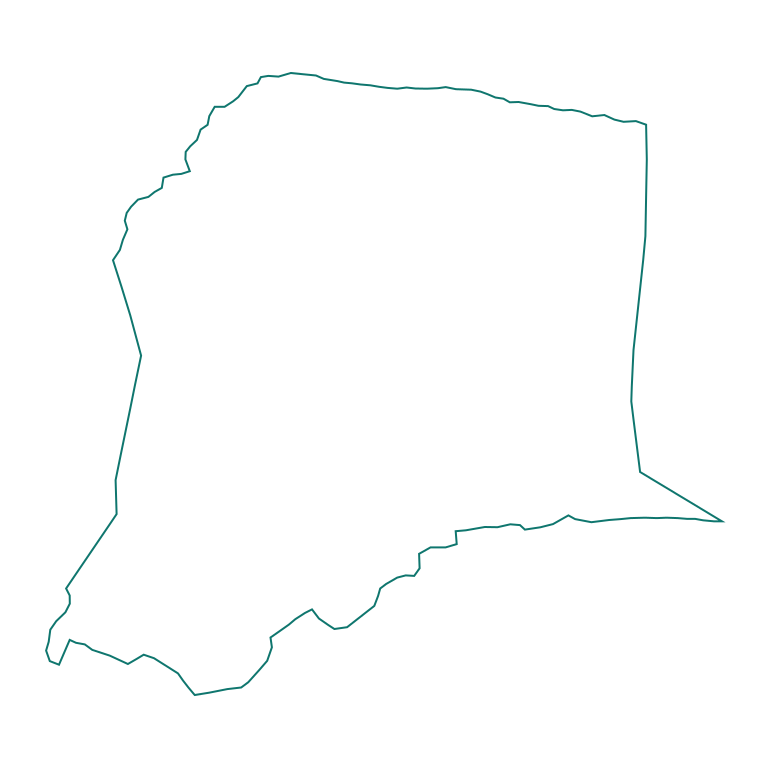 Cajazeiras, Paraíba, Brazil (orthographic projection)
{"feature_id": "56859067B23087761715459", "entity_name": "Cajazeiras", "entity_type": "district", "adm_level": 2, "iso_a3": "BRA", "parent_name": "Brazil", "parent_adm1": "Paraíba", "projection": "orthographic", "projection_center": [-38.549, -6.93], "detail": "fine", "context": "isolated", "style": "outline", "palette": "teal", "viewbox_px": 768, "rotation_deg": 0, "n_neighbors": 0, "source": "geoboundaries", "source_scale": "gbopen_adm2", "svg_char_len": 2073}
<svg xmlns="http://www.w3.org/2000/svg" viewBox="0 0 768 768"><path d="M59.0,664.7L69.7,639.9L76.0,642.8L84.8,644.4L92.3,649.9L109.7,655.6L127.9,664.0L136.7,658.9L143.7,654.7L154.0,658.2L178.0,673.4L182.9,680.4L188.4,687.5L194.7,695.0L209.1,692.7L227.3,689.1L241.2,687.5L248.3,682.2L259.0,670.3L267.2,660.8L271.9,647.3L270.5,637.5L280.4,630.6L288.9,624.6L295.3,619.2L304.9,613.0L312.0,609.4L318.9,618.5L328.1,624.9L334.4,629.0L347.1,627.2L374.3,605.9L378.1,595.9L380.2,588.5L386.1,584.0L397.2,577.6L405.7,575.4L414.2,575.9L419.6,568.3L419.1,553.8L430.5,547.4L445.6,547.4L456.7,544.1L455.7,531.2L465.9,530.3L484.8,527.0L497.5,527.2L510.3,524.3L520.0,525.1L524.9,529.6L540.3,527.3L553.0,524.1L568.4,515.4L575.1,519.1L591.4,522.2L609.1,520.0L620.7,519.1L630.6,518.1L645.0,517.7L656.8,518.1L666.5,517.7L677.8,518.1L687.5,518.9L695.3,518.9L703.1,520.3L713.7,521.3L721.9,521.3L640.1,472.0L633.5,419.4L631.3,401.4L631.8,386.2L633.5,350.1L643.2,260.0L645.4,236.2L646.1,197.0L646.8,159.4L646.1,124.7L635.9,121.1L623.6,121.8L614.4,119.6L604.3,115.0L592.2,116.3L580.4,111.6L571.8,109.9L563.0,110.3L554.2,109.0L548.1,106.1L538.5,105.8L530.8,104.2L518.6,102.0L509.8,102.3L503.5,98.7L495.4,97.5L487.6,94.2L480.5,91.6L471.2,89.7L456.0,89.2L445.7,87.1L437.9,88.2L426.9,88.7L415.4,88.5L406.6,87.5L397.3,88.7L387.6,87.9L379.1,86.8L370.3,85.3L360.7,84.5L351.9,83.3L344.1,82.6L337.5,81.1L330.7,80.0L323.8,78.9L316.0,75.5L302.7,74.2L290.8,73.0L278.5,76.6L268.3,75.9L260.9,77.1L257.5,83.4L246.8,86.1L238.3,97.1L233.1,101.3L224.6,106.8L214.7,106.8L209.3,116.1L207.6,124.8L200.6,129.6L197.0,139.9L190.2,146.3L185.7,151.9L185.4,159.4L189.8,171.2L181.3,173.9L172.9,174.7L163.5,177.6L161.8,187.9L154.7,191.9L148.4,196.9L138.0,199.6L131.1,206.7L126.7,212.9L124.8,220.7L127.4,229.3L122.9,239.8L119.9,249.9L113.0,260.2L121.5,286.8L130.3,315.5L141.1,355.6L134.8,385.9L130.3,408.3L121.1,453.0L115.6,480.1L116.6,514.1L110.4,523.3L76.0,573.9L66.1,588.5L69.7,595.5L69.8,603.7L65.4,612.3L56.2,621.2L50.3,629.7L48.7,641.8L46.1,650.6L49.8,661.1L59.0,664.7Z" fill="none" stroke="#0f766e" stroke-width="2"/></svg>